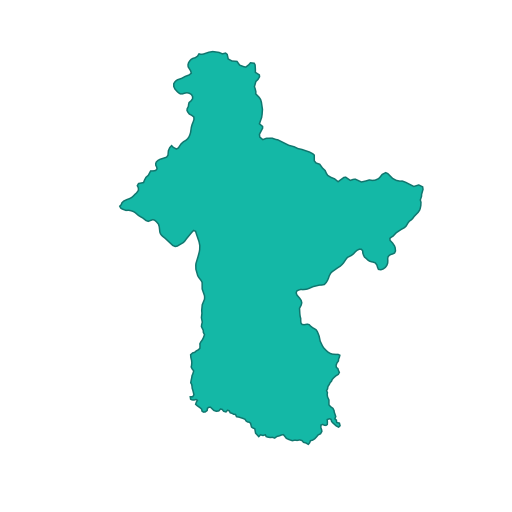 São João do Paraíso, Minas Gerais, Brazil, rotated 34°
{"feature_id": "56859067B19392310685118", "entity_name": "São João do Paraíso", "entity_type": "district", "adm_level": 2, "iso_a3": "BRA", "parent_name": "Brazil", "parent_adm1": "Minas Gerais", "projection": "albers", "projection_center": [-41.967, -15.359], "detail": "fine", "context": "isolated", "style": "filled", "palette": "teal", "viewbox_px": 512, "rotation_deg": 34, "n_neighbors": 0, "source": "geoboundaries", "source_scale": "gbopen_adm2", "svg_char_len": 6144}
<svg xmlns="http://www.w3.org/2000/svg" viewBox="0 0 512 512"><g transform="rotate(34 256 256)"><path d="M95.7,120.3L95.8,123.0L94.7,125.7L93.2,127.4L92.3,129.2L92.0,131.1L92.0,133.4L92.7,135.5L94.0,137.1L98.2,139.0L100.1,140.6L99.4,143.2L96.9,146.7L95.1,150.2L92.3,153.9L91.7,155.5L91.4,157.1L91.5,159.2L93.1,161.5L95.4,162.9L99.0,163.8L100.9,164.0L102.6,163.9L104.4,162.7L105.7,161.0L107.4,159.3L109.3,158.5L111.0,158.2L112.6,158.4L114.4,159.4L115.5,161.2L115.4,163.7L114.7,166.2L115.4,168.1L116.3,169.8L116.6,172.4L117.4,173.9L119.0,174.8L121.3,175.6L124.0,175.3L126.7,175.5L128.2,177.4L128.9,179.8L129.5,182.7L130.4,185.4L132.7,190.2L133.3,192.1L133.8,194.4L133.8,197.0L133.2,199.3L132.0,201.8L131.2,204.9L131.2,209.9L130.2,211.8L126.7,212.2L124.3,211.7L123.9,214.4L124.5,217.7L126.7,221.7L126.6,224.1L122.3,229.6L121.3,231.6L120.8,233.8L121.2,235.5L122.3,236.9L123.8,237.7L125.2,239.0L125.0,241.2L123.4,242.8L121.1,244.4L121.6,249.4L120.8,252.3L121.1,255.3L121.7,258.0L118.1,261.6L118.3,264.1L120.3,265.2L121.8,267.3L121.7,270.7L121.2,272.4L120.8,274.8L120.2,277.0L119.1,279.1L117.3,281.6L115.6,284.5L115.1,287.0L115.6,288.8L115.2,290.9L117.0,291.9L118.7,291.9L122.7,290.9L124.8,289.3L127.2,288.3L129.5,287.7L131.6,287.6L135.8,288.1L138.6,288.0L140.8,287.8L145.0,288.1L147.3,287.5L148.7,285.5L150.2,283.5L152.0,283.0L154.4,283.3L157.3,284.1L159.4,285.8L162.9,289.9L164.4,291.0L166.0,291.6L167.6,291.9L170.6,292.1L181.1,293.8L183.7,293.3L185.2,291.8L188.2,285.5L188.6,283.6L188.7,280.6L189.5,272.3L190.0,269.7L192.1,269.3L194.7,271.4L197.1,273.2L200.8,276.0L202.4,277.6L203.6,278.8L205.8,282.3L206.7,284.3L208.2,288.6L210.4,295.7L211.3,297.4L213.6,300.6L218.7,304.9L220.6,305.8L224.2,307.0L226.1,308.0L229.8,313.4L235.6,317.8L236.7,319.3L237.5,320.7L238.7,326.5L241.5,331.6L243.2,333.7L245.2,337.6L248.5,340.9L249.3,343.2L250.2,345.0L253.8,347.1L255.1,348.8L257.3,350.0L258.1,353.2L258.4,355.7L258.3,358.2L258.6,360.2L259.7,361.6L261.1,363.9L260.6,366.1L259.5,368.2L259.0,370.2L257.7,371.7L257.0,374.4L258.9,376.7L261.0,378.6L262.4,380.3L263.7,382.6L264.3,384.2L266.2,385.3L268.6,386.1L269.5,388.9L269.9,391.0L270.8,392.9L271.7,395.2L272.8,397.6L274.5,398.4L275.9,399.9L277.1,401.4L278.7,402.6L282.1,405.7L282.2,408.1L280.2,409.5L281.9,411.3L283.6,411.0L285.3,409.9L286.5,408.5L288.1,408.4L288.3,410.6L288.9,412.7L291.0,413.0L294.9,413.1L296.6,413.4L298.0,414.8L299.7,414.8L301.1,413.7L301.9,411.4L300.9,409.4L301.5,407.8L302.8,406.8L307.4,407.6L310.0,406.9L311.8,405.2L312.1,402.7L313.8,402.1L316.0,402.8L318.3,402.1L318.6,399.8L320.3,399.3L322.3,400.4L324.3,399.8L326.0,399.7L327.6,398.8L329.7,400.1L332.0,399.1L336.1,397.9L338.3,397.5L340.0,398.3L341.8,398.3L343.3,397.6L345.0,397.7L347.9,400.3L349.7,400.3L351.6,399.9L354.7,403.1L359.3,404.2L359.7,401.7L362.2,400.9L363.7,399.0L365.4,400.0L366.9,399.6L369.2,398.6L371.1,397.1L373.3,396.5L374.2,394.0L376.1,391.8L377.3,390.0L378.6,388.8L380.7,389.4L383.1,390.2L385.7,389.8L389.4,388.8L391.2,386.9L393.2,385.9L395.1,384.0L397.4,383.3L399.6,383.9L401.9,383.1L404.7,382.9L404.9,380.8L404.4,378.7L405.9,377.0L406.9,374.7L407.3,372.2L407.6,369.5L408.9,367.3L408.7,364.6L407.5,363.3L405.7,362.0L404.4,359.9L405.5,358.3L407.3,358.1L408.7,357.3L409.3,355.8L408.1,353.8L406.5,351.8L407.8,349.9L409.6,349.5L411.2,350.9L413.0,351.4L417.4,352.0L420.2,351.7L420.6,349.7L418.6,347.9L416.0,348.9L414.4,347.1L412.4,346.9L411.9,344.5L408.2,341.7L407.1,340.5L405.0,339.3L402.1,339.2L399.7,338.6L397.0,334.6L394.2,332.9L392.5,331.1L391.6,329.3L389.8,328.2L389.6,326.1L388.6,324.0L388.6,321.7L388.3,319.6L388.6,317.5L388.2,315.8L388.5,313.6L389.2,310.8L390.4,308.1L390.2,305.9L388.2,304.7L386.9,303.6L384.9,303.4L383.5,301.8L382.9,299.4L383.0,296.9L382.1,295.3L381.7,293.3L381.0,291.4L379.0,291.7L377.3,292.9L374.1,294.7L371.9,295.3L369.2,295.4L366.6,295.0L363.4,294.3L361.2,293.3L356.8,290.7L353.2,287.2L351.1,285.7L349.1,284.4L347.2,283.6L345.4,283.6L343.0,283.8L340.3,283.6L338.5,283.2L336.7,283.8L334.3,286.1L332.5,287.0L330.7,286.4L329.3,284.7L328.0,282.8L326.4,281.4L324.8,279.6L321.3,275.0L320.9,271.4L320.1,269.2L318.3,267.6L315.9,266.6L311.8,265.5L309.9,264.1L309.4,262.1L310.5,260.2L311.9,258.6L313.6,257.7L315.3,256.3L316.9,254.8L318.2,253.0L320.5,249.4L324.8,244.7L326.7,243.3L328.6,241.4L329.0,238.7L328.9,236.4L328.5,234.0L327.8,231.5L327.5,228.6L327.9,226.5L330.3,220.1L331.5,217.4L332.1,214.9L332.4,212.8L332.4,208.4L332.6,206.0L334.8,202.1L335.6,199.7L336.0,196.9L336.6,194.7L337.9,192.5L339.6,191.5L341.6,192.1L342.9,193.8L344.7,195.2L346.5,196.2L348.8,196.4L350.9,196.8L352.9,196.8L354.7,196.3L356.4,195.6L358.7,195.0L361.3,195.9L363.1,197.4L365.0,198.6L367.2,197.6L368.7,195.6L369.6,193.1L369.7,190.7L369.1,188.2L367.9,186.2L366.6,184.5L365.9,182.8L366.1,181.1L366.8,179.5L368.2,177.8L369.2,176.0L368.8,173.8L366.8,171.4L365.2,170.2L362.0,168.9L358.4,168.1L357.1,166.5L357.7,164.6L358.5,162.9L359.3,158.2L361.4,153.0L363.2,149.5L363.7,147.4L363.5,143.3L363.7,141.2L364.5,139.3L364.9,137.4L365.0,134.7L366.0,129.1L366.0,126.5L365.5,124.6L364.4,122.0L362.7,119.2L360.9,117.7L359.8,113.9L358.8,112.3L357.2,107.4L355.5,105.5L351.2,106.1L348.0,110.1L339.1,111.2L335.5,112.0L333.4,113.5L329.9,114.9L325.9,115.3L319.2,114.0L316.9,114.4L315.0,117.8L314.7,121.6L314.3,123.4L312.4,126.5L310.2,128.3L307.4,129.6L305.2,132.3L302.0,135.7L295.3,136.8L293.7,138.2L291.9,140.6L286.3,140.5L284.9,141.8L282.5,148.5L278.0,148.1L274.1,148.9L270.4,149.1L268.1,148.1L265.5,146.5L261.9,145.9L257.5,144.3L253.8,145.3L251.1,144.5L247.9,139.8L246.0,139.5L242.2,139.9L234.5,142.0L230.7,143.5L226.6,144.1L221.3,145.9L209.1,147.5L207.3,148.3L203.5,149.3L198.7,152.7L196.6,155.7L192.6,155.3L190.8,153.2L190.0,146.3L189.0,144.9L184.9,144.5L183.2,138.0L181.8,135.1L179.4,130.9L174.5,125.5L172.3,123.7L169.9,122.7L165.1,121.7L164.1,120.0L162.1,118.1L160.0,116.5L158.3,111.4L158.9,108.6L158.7,105.4L157.5,104.0L152.8,104.1L151.1,101.6L148.4,98.1L146.7,97.2L143.4,98.9L143.1,101.4L141.9,105.1L140.0,105.9L135.7,106.9L131.4,105.3L127.0,107.8L122.8,108.2L119.4,105.0L117.3,104.8L115.1,107.2L111.5,107.9L105.8,110.7L103.0,113.4L99.3,118.2L97.6,119.6L95.7,120.3Z" fill="#14b8a6" stroke="#0f766e" stroke-width="1.5"/></g></svg>